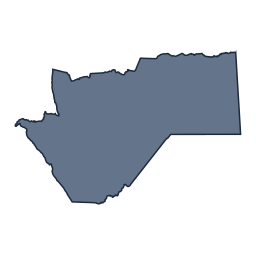 the district of Kitui East, Eastern, Kenya
{"feature_id": "3690345B42600282373755", "entity_name": "Kitui East", "entity_type": "district", "adm_level": 2, "iso_a3": "KEN", "parent_name": "Kenya", "parent_adm1": "Eastern", "projection": "albers", "projection_center": [38.352, -1.41], "detail": "fine", "context": "isolated", "style": "filled", "palette": "slate", "viewbox_px": 256, "rotation_deg": 0, "n_neighbors": 0, "source": "geoboundaries", "source_scale": "gbopen_adm2", "svg_char_len": 5615}
<svg xmlns="http://www.w3.org/2000/svg" viewBox="0 0 256 256"><path d="M235.7,52.7L235.6,52.9L234.9,52.6L234.4,52.6L234.1,52.2L233.2,52.5L232.8,52.3L232.5,52.5L232.0,52.7L231.7,52.6L231.3,52.3L230.7,52.2L230.0,52.7L229.7,53.1L229.1,53.4L228.6,53.5L227.7,53.0L227.3,53.2L226.8,53.0L226.7,53.0L226.1,52.6L225.9,52.6L225.7,53.0L225.3,52.8L225.0,53.1L224.3,53.2L224.0,53.1L223.5,53.3L223.2,53.3L223.0,53.5L222.8,53.6L222.0,53.5L221.6,53.9L221.5,53.6L221.3,53.5L220.9,53.8L220.9,54.1L220.7,54.3L220.1,54.2L219.9,54.7L219.7,54.7L219.2,55.6L218.9,55.7L218.7,55.5L218.3,55.8L218.3,56.1L217.7,56.5L217.4,56.0L216.8,56.1L216.4,56.6L216.0,56.4L215.4,56.4L214.7,56.0L214.3,55.9L213.8,55.9L213.7,56.1L213.8,56.3L213.8,56.6L213.4,56.6L213.3,56.9L212.6,56.9L211.8,56.8L210.9,57.2L210.3,57.2L209.9,56.7L209.2,56.9L208.9,56.7L208.0,56.7L207.9,56.6L207.5,56.6L207.0,56.5L206.5,56.6L205.5,56.1L204.9,56.3L204.1,55.2L202.9,54.6L202.1,53.5L201.5,53.5L200.7,53.7L199.4,53.7L198.4,54.0L197.6,53.9L197.3,54.0L196.9,53.8L196.0,53.9L195.5,54.5L195.1,54.6L194.8,55.0L194.2,55.2L193.8,54.9L193.9,54.5L193.0,54.1L191.8,54.2L191.6,53.7L191.4,53.6L190.4,53.9L190.1,54.2L189.4,54.1L188.0,55.0L187.3,55.1L186.9,55.3L186.4,55.2L185.5,55.3L184.8,55.3L184.3,54.9L183.9,54.4L183.5,54.3L182.6,53.5L182.2,53.4L175.8,56.3L173.1,55.8L171.5,55.9L168.1,53.6L167.6,53.5L165.7,53.9L163.7,53.8L161.7,54.3L160.4,54.7L159.9,55.2L157.7,56.4L157.1,57.7L156.5,58.3L155.7,58.7L140.4,58.2L135.7,69.8L135.3,70.0L135.1,70.6L134.6,71.2L134.1,71.3L133.1,71.0L132.7,71.0L131.8,70.7L131.2,70.9L130.7,70.6L130.3,70.6L129.6,70.4L129.2,70.1L128.8,70.2L128.0,69.6L127.7,69.7L127.6,70.5L127.9,71.2L127.0,71.6L126.7,71.9L125.7,71.9L125.1,72.6L124.9,73.1L125.0,73.6L124.7,74.2L123.9,74.7L123.4,74.7L123.0,74.6L122.1,74.6L120.8,73.6L119.7,73.3L119.5,72.9L119.1,72.7L118.7,72.1L117.8,72.0L117.3,72.2L116.5,72.7L115.8,72.3L115.5,71.6L115.1,70.2L114.0,69.7L113.6,69.9L112.3,70.0L111.3,71.5L110.5,71.4L109.6,71.1L107.5,72.2L106.7,72.3L105.3,72.1L104.6,72.2L103.9,72.7L102.8,72.9L90.5,73.6L90.2,75.0L89.8,75.2L90.1,76.5L89.8,76.9L89.7,77.5L88.7,77.6L88.4,77.6L88.0,77.1L87.7,76.9L87.3,76.5L86.1,76.6L85.4,76.8L84.6,76.7L83.2,77.0L82.6,77.2L81.6,77.7L81.0,77.7L79.5,78.1L79.0,78.7L79.0,79.0L79.3,79.4L79.1,79.5L78.2,79.1L77.7,79.1L77.4,78.9L76.5,79.5L74.4,80.3L74.1,80.7L71.9,81.1L71.4,81.0L71.3,80.4L70.7,79.7L70.5,78.7L70.1,78.1L69.9,77.0L69.5,76.5L69.6,76.1L69.4,75.3L68.9,74.7L68.1,74.5L67.1,72.8L66.7,72.6L65.9,72.3L65.5,72.4L65.4,72.6L64.9,72.3L52.8,69.3L52.8,71.8L52.1,77.0L52.1,78.4L52.0,79.1L52.2,80.8L51.8,82.5L52.1,83.5L52.0,83.9L52.3,84.9L52.0,86.6L52.1,88.3L52.5,90.0L52.8,92.0L53.4,93.1L53.4,93.9L53.8,95.4L53.8,96.2L54.2,97.6L54.0,98.2L54.6,99.9L54.9,102.6L55.6,102.7L55.8,103.0L56.1,104.5L56.4,105.1L56.7,106.2L56.9,109.5L57.3,111.2L57.5,111.7L57.8,112.0L57.9,112.9L58.6,113.4L58.6,113.8L58.9,114.3L58.8,115.0L58.6,115.4L58.6,115.8L57.7,115.3L56.6,115.4L55.6,114.4L55.4,113.6L54.5,114.0L53.0,114.3L52.8,114.3L52.3,113.9L50.9,113.5L50.0,113.9L49.6,113.9L47.5,113.8L46.7,113.7L46.4,113.2L45.7,112.7L45.6,111.8L45.1,111.7L44.7,113.3L44.3,114.1L44.0,114.4L44.0,114.7L44.4,115.1L44.4,116.1L43.9,117.2L43.7,118.0L43.4,118.2L43.6,119.0L43.0,119.5L42.8,119.9L42.5,120.0L42.0,120.5L41.9,120.8L41.5,121.3L40.9,121.1L39.4,121.2L39.0,121.1L37.6,121.5L36.6,121.6L35.8,121.5L35.6,121.9L34.9,122.0L35.0,121.7L35.0,121.4L34.4,121.5L34.2,121.4L34.2,121.2L33.8,121.4L33.6,121.1L33.4,121.1L32.9,121.7L32.5,121.6L31.5,120.9L30.8,121.3L29.9,121.6L29.5,121.6L28.2,120.1L26.9,120.1L26.4,119.8L25.8,119.6L25.0,119.9L24.8,119.8L23.9,119.4L23.3,118.8L22.9,118.6L19.2,119.9L18.9,120.7L18.4,121.1L17.4,121.7L17.1,122.0L17.2,122.8L17.1,123.1L16.2,123.7L15.4,124.7L15.4,125.2L16.1,125.7L16.0,126.0L15.6,126.2L15.7,126.3L16.0,126.3L16.4,126.1L17.6,124.9L18.7,124.3L19.7,123.4L20.2,123.8L20.3,125.1L21.0,126.1L22.9,127.0L24.5,127.6L26.6,129.0L26.8,129.4L26.8,130.8L26.4,131.8L26.3,132.5L26.6,133.3L26.6,134.5L27.4,136.5L28.1,137.8L29.5,139.0L30.1,139.8L31.4,141.0L32.1,141.4L33.0,143.1L33.8,143.4L34.3,144.8L35.3,145.6L35.5,146.4L36.2,147.3L36.6,148.4L37.3,149.2L39.5,150.7L40.3,151.7L40.7,152.1L41.0,152.6L41.8,153.1L42.5,153.7L43.7,156.4L44.9,157.6L45.0,158.2L45.3,158.8L45.7,160.2L46.7,162.4L47.3,163.0L48.9,163.7L49.3,164.7L49.6,164.9L50.2,164.6L51.0,164.0L51.6,165.3L52.0,166.8L52.5,168.1L52.7,169.4L52.1,171.1L52.1,171.6L52.5,172.6L52.6,173.5L53.3,174.9L54.3,176.6L54.7,176.9L56.5,179.2L57.1,180.7L58.3,181.5L63.8,188.2L65.2,190.8L66.1,191.9L66.9,193.1L67.2,194.1L72.2,201.9L95.1,202.7L98.3,203.8L98.8,203.7L99.0,203.8L100.6,203.3L101.0,203.1L101.0,202.6L101.7,202.3L102.0,202.7L102.4,202.8L103.1,202.7L103.4,202.2L105.1,201.2L105.1,200.7L104.8,200.3L105.1,199.6L105.7,199.1L106.0,199.0L106.3,198.3L106.5,198.2L106.8,196.9L107.1,196.1L108.2,195.6L108.8,195.6L109.1,195.8L109.7,195.5L110.0,195.5L110.4,196.0L110.7,195.7L111.1,195.7L112.2,196.2L112.4,196.5L112.2,196.9L112.5,197.2L113.0,197.1L113.1,196.9L114.0,196.2L114.5,196.2L114.8,195.7L115.0,195.8L115.3,195.6L115.2,195.4L115.6,195.2L115.9,195.0L116.6,195.3L116.9,195.7L117.4,195.7L117.6,195.3L118.1,194.9L118.0,194.7L118.2,194.3L118.2,193.7L118.9,192.6L118.9,192.1L119.0,191.9L119.3,191.6L119.8,191.7L120.5,191.5L121.0,190.9L121.5,190.6L121.6,190.4L121.6,189.9L121.8,189.2L121.7,188.7L122.4,188.0L123.3,187.7L123.4,187.2L123.7,186.6L124.0,185.6L124.2,184.5L124.4,184.4L124.8,184.6L125.2,184.5L125.8,184.6L126.0,184.9L126.0,185.2L126.4,185.8L127.4,186.1L127.9,186.5L128.2,186.5L129.1,186.1L130.0,185.5L130.4,184.7L165.9,139.4L167.2,138.3L167.8,138.0L170.7,134.4L240.6,134.3L235.7,52.7Z" fill="#64748b" stroke="#1e293b" stroke-width="1.5"/></svg>